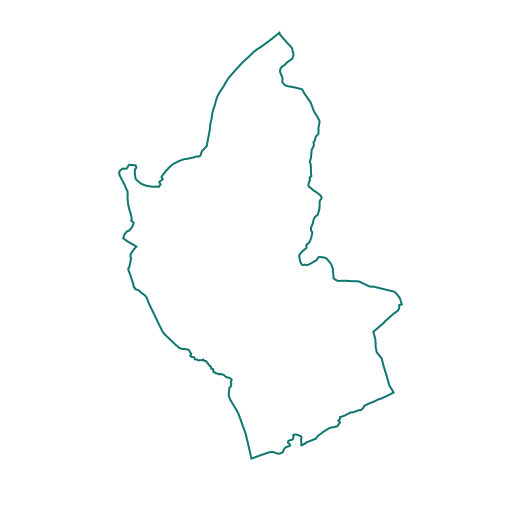 the district of Bang Pahan, Phra Nakhon Si Ayutthaya, Thailand, rotated 334°
{"feature_id": "78962969B12192393501307", "entity_name": "Bang Pahan", "entity_type": "district", "adm_level": 2, "iso_a3": "THA", "parent_name": "Thailand", "parent_adm1": "Phra Nakhon Si Ayutthaya", "projection": "robinson", "projection_center": [100.543, 14.478], "detail": "fine", "context": "isolated", "style": "outline", "palette": "teal", "viewbox_px": 512, "rotation_deg": 334, "n_neighbors": 0, "source": "geoboundaries", "source_scale": "gbopen_adm2", "svg_char_len": 6108}
<svg xmlns="http://www.w3.org/2000/svg" viewBox="0 0 512 512"><g transform="rotate(334 256 256)"><path d="M163.1,436.1L172.8,437.1L181.1,438.1L182.8,438.6L184.9,439.3L186.6,440.7L188.4,442.8L189.6,443.6L190.7,444.0L194.0,444.1L196.7,441.8L197.7,441.3L198.7,441.1L199.8,441.0L202.8,441.5L203.3,441.4L203.6,441.1L203.8,440.1L203.6,439.4L203.0,438.3L203.0,437.7L203.2,437.2L203.6,436.7L204.2,436.5L205.3,436.4L208.3,437.0L208.6,436.9L209.0,436.7L209.9,435.8L210.4,434.9L210.5,433.7L211.8,433.1L214.4,434.5L214.9,435.0L217.1,437.3L217.4,437.9L217.4,438.8L217.3,439.2L215.9,440.9L215.0,443.4L214.5,444.6L213.8,445.8L213.8,446.0L214.5,446.2L217.7,446.1L218.3,446.2L218.8,445.8L219.3,445.6L229.0,446.4L229.6,446.4L230.6,446.0L233.3,444.6L236.1,444.3L239.6,443.5L244.6,443.0L246.5,442.9L248.8,443.2L251.0,444.0L254.5,444.7L255.1,444.4L256.1,443.6L256.9,443.4L258.6,442.4L258.6,442.1L257.7,440.2L257.9,439.9L259.8,439.5L260.2,439.2L260.4,438.9L260.7,437.9L260.8,437.7L265.6,438.3L273.0,438.1L274.1,438.9L274.8,439.1L281.0,439.7L282.7,440.6L286.2,439.4L287.2,438.3L289.0,438.1L293.4,438.1L297.5,438.6L303.2,438.5L306.2,439.1L309.5,439.1L312.3,439.2L319.9,439.0L319.8,437.6L319.1,431.1L319.2,430.2L320.9,420.8L322.4,411.1L323.9,403.7L323.9,402.5L322.3,395.5L323.5,390.9L324.1,389.1L324.4,388.5L325.2,387.4L325.4,386.2L326.2,384.5L326.8,383.2L328.2,375.6L341.9,372.0L343.4,371.2L350.5,369.3L354.1,368.2L357.4,367.7L359.4,367.3L360.6,366.7L361.4,366.1L362.4,364.6L363.2,362.9L365.8,363.4L366.7,358.0L366.8,356.8L366.0,352.7L365.5,350.8L364.6,348.7L348.4,335.2L345.1,333.6L344.6,333.1L337.1,323.7L330.8,320.5L325.5,317.4L319.4,314.7L318.3,313.9L317.3,312.5L315.9,310.2L319.3,301.5L319.7,299.8L319.9,297.5L319.8,295.5L318.6,290.1L318.3,289.2L317.8,288.5L316.8,287.5L315.5,286.5L314.0,285.5L311.8,284.5L311.0,284.7L308.9,286.0L308.2,286.3L301.5,286.8L298.4,286.7L298.0,286.6L295.7,285.0L294.4,284.9L293.9,284.6L293.7,284.3L293.5,283.6L293.2,282.3L293.5,279.8L294.2,276.8L294.8,275.0L295.0,274.6L295.8,273.9L297.1,273.2L298.7,272.5L301.9,271.5L304.6,271.0L304.9,270.7L305.3,270.2L305.7,268.8L306.2,268.2L307.0,267.8L309.1,267.4L310.0,267.0L313.5,264.1L314.9,262.0L316.0,261.0L316.7,259.9L316.9,259.2L316.7,257.3L317.7,254.7L320.0,252.8L321.6,251.3L323.1,249.3L324.7,247.8L325.8,247.0L326.9,246.5L329.1,246.2L329.7,245.9L332.8,242.5L334.0,240.8L335.7,237.7L336.7,235.7L337.4,234.6L338.1,234.0L339.9,233.0L340.4,232.5L340.6,232.1L340.7,231.0L340.3,229.3L338.5,225.6L336.5,222.4L334.8,218.3L334.1,217.3L333.9,216.6L334.0,215.3L334.3,214.8L336.1,213.0L336.6,212.2L338.0,211.3L338.4,209.3L338.6,208.9L338.8,208.8L340.4,208.7L340.8,208.5L341.0,207.9L341.3,206.3L341.9,205.4L345.2,198.0L345.6,196.4L345.5,195.5L345.5,195.2L348.5,191.7L352.4,185.3L352.8,184.8L356.5,182.0L357.6,179.0L357.8,178.8L359.4,178.1L361.9,175.1L362.5,174.8L365.2,173.8L365.9,173.2L368.5,167.9L371.2,164.4L372.1,163.0L372.3,161.2L372.3,159.9L371.6,152.2L371.6,149.9L372.3,143.5L372.4,141.9L370.8,131.6L370.6,129.6L370.7,127.8L370.5,126.7L370.3,126.2L365.0,121.7L359.0,117.3L357.1,115.4L356.7,114.7L355.9,111.3L356.1,110.7L357.4,108.6L357.7,107.7L358.0,106.4L358.2,102.4L358.4,101.1L358.6,100.3L359.4,99.1L360.5,98.1L362.4,97.2L364.7,97.0L365.9,96.7L369.1,95.5L374.7,94.7L375.3,94.4L377.0,92.7L378.0,91.3L378.4,90.4L378.6,89.6L378.6,88.1L379.4,85.6L379.4,84.5L379.0,82.7L377.4,78.0L375.8,71.8L374.7,67.9L374.7,66.8L374.9,65.6L361.6,68.6L352.3,70.2L348.4,70.6L343.5,71.5L336.9,73.8L329.0,76.0L318.8,80.0L309.5,83.9L303.1,87.9L302.0,88.9L295.4,92.7L291.7,95.3L289.0,97.8L284.8,102.7L281.9,105.5L279.5,108.3L276.6,112.7L273.3,116.6L269.9,122.1L259.9,135.6L253.5,138.0L252.7,138.7L250.1,141.3L249.4,141.6L247.9,141.5L246.5,140.5L243.3,140.1L237.2,138.6L233.9,137.5L231.8,137.2L227.1,136.9L222.7,137.0L220.6,137.3L217.8,138.1L215.7,138.6L214.3,139.6L212.8,139.7L210.6,141.0L208.4,141.9L206.5,142.9L205.6,143.7L205.9,145.7L205.8,146.2L204.5,146.5L202.2,146.8L201.5,147.2L201.4,147.3L201.7,149.8L199.0,151.2L198.1,150.6L193.8,148.6L191.4,147.1L188.1,144.6L186.5,143.1L184.3,140.5L183.0,137.8L181.6,133.9L182.7,130.2L183.1,129.1L184.9,125.5L185.5,125.0L187.0,124.2L187.3,123.9L187.4,123.3L187.5,121.7L182.0,118.4L181.6,118.5L178.4,120.5L177.9,120.6L176.7,120.3L175.9,119.9L174.4,118.9L171.2,119.7L170.3,120.2L169.7,121.0L169.0,122.6L168.9,123.4L168.9,128.4L169.1,133.4L168.8,139.6L168.9,141.2L168.2,143.2L167.1,145.6L165.6,148.1L165.1,149.9L164.3,151.9L163.6,154.0L162.4,159.3L162.1,162.2L161.4,164.9L161.3,166.0L160.9,167.1L160.8,167.9L160.4,168.5L159.5,169.2L159.3,169.5L159.4,170.0L160.1,171.1L160.5,171.8L160.5,172.8L160.1,173.3L157.3,175.6L156.2,176.3L154.8,176.6L154.1,177.3L153.7,177.6L150.7,177.3L150.3,177.5L149.4,178.1L147.8,178.5L146.5,179.7L144.4,181.9L146.7,186.2L149.6,190.5L152.6,195.1L149.5,196.3L146.5,197.9L146.1,198.4L145.1,198.8L144.6,199.2L143.7,200.0L142.9,201.6L142.9,202.9L142.3,203.9L137.2,210.5L135.9,211.2L135.6,211.5L135.1,213.1L134.8,217.1L133.5,226.8L132.6,230.1L132.7,230.8L133.1,231.4L133.1,232.0L132.8,232.3L133.5,233.4L135.4,235.2L135.7,235.7L136.5,238.2L138.6,242.1L139.5,244.8L139.5,246.0L139.0,250.2L138.8,272.9L138.8,282.5L139.8,287.1L145.0,301.0L146.7,304.8L147.2,305.5L148.9,307.2L151.0,308.1L151.3,308.7L152.6,309.4L153.7,310.2L154.4,310.9L154.5,311.3L154.4,312.7L154.9,315.4L154.4,316.1L153.3,316.5L153.2,317.1L153.7,318.2L155.8,319.8L155.9,320.3L155.8,322.1L156.0,322.3L157.4,323.0L158.2,324.4L158.6,324.7L159.8,324.9L161.7,326.0L163.1,325.9L163.6,327.7L164.9,328.3L165.8,332.2L166.2,334.7L167.0,335.7L167.0,336.1L166.5,336.7L166.4,337.5L166.6,337.9L167.6,338.7L167.9,339.1L167.9,339.4L167.3,340.2L167.0,340.8L167.0,341.4L167.1,341.8L168.2,343.0L168.6,344.0L169.6,344.6L171.0,346.2L171.2,346.3L172.2,346.2L172.9,347.2L173.8,347.7L174.5,348.2L174.8,348.7L175.7,350.8L176.0,351.5L176.7,352.3L178.2,353.4L179.7,355.4L179.8,355.8L179.9,356.4L179.7,356.8L178.1,358.3L177.9,359.9L177.0,361.1L176.1,362.2L175.6,362.4L174.6,362.6L174.1,363.0L173.6,364.0L170.7,368.6L170.2,370.2L170.0,371.7L169.9,374.2L171.0,386.7L171.1,388.8L171.1,389.6L170.4,396.5L168.7,411.8L163.1,436.1Z" fill="none" stroke="#0f766e" stroke-width="2"/></g></svg>